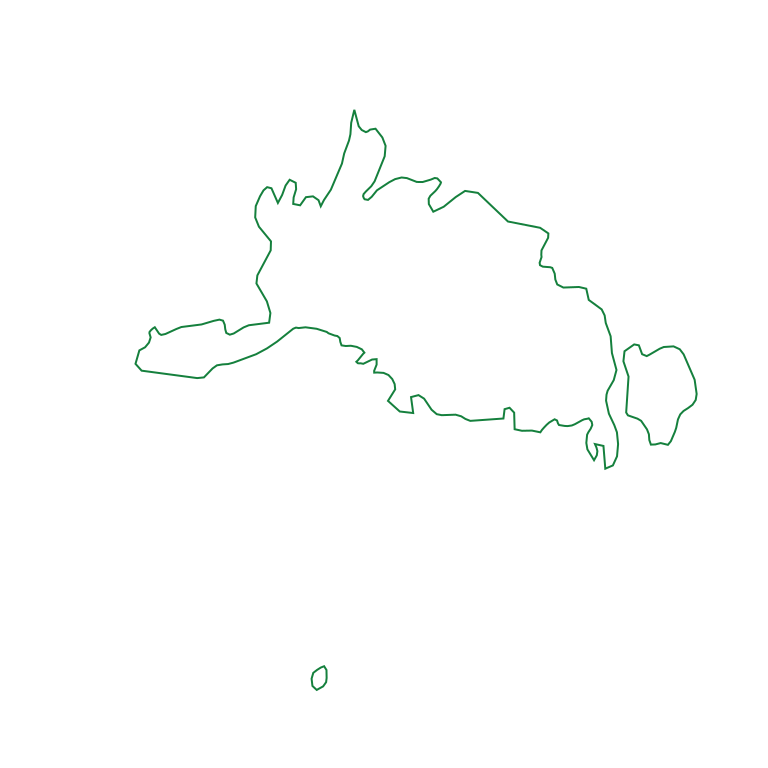 an SVG outline of Saare, rotated 50°
{"feature_id": "EST-2352", "entity_name": "Saare", "entity_type": "Municipality", "adm_level": 1, "iso_a3": "EST", "parent_name": "Estonia", "parent_adm1": "", "projection": "mercator", "projection_center": [22.596, 58.233], "detail": "fine", "context": "isolated", "style": "outline", "palette": "green", "viewbox_px": 768, "rotation_deg": 50, "n_neighbors": 0, "source": "natural_earth", "source_scale": "10m", "svg_char_len": 3563}
<svg xmlns="http://www.w3.org/2000/svg" viewBox="0 0 768 768"><g transform="rotate(50 384 384)"><path d="M563.5,234.0L570.7,236.6L580.5,243.3L589.2,252.0L593.5,261.0L591.1,268.9L572.5,255.7L565.6,261.0L569.3,262.1L572.6,263.7L575.4,266.8L577.4,272.1L564.8,270.2L559.2,266.9L553.4,261.0L552.3,258.4L551.1,254.4L549.3,250.8L546.4,249.2L541.9,249.2L541.4,250.4L539.7,253.4L539.1,255.5L537.5,263.6L536.5,266.8L534.2,270.5L532.2,272.6L527.9,276.3L525.9,276.0L523.2,274.9L520.7,276.0L519.7,282.2L519.8,285.6L520.2,289.2L520.7,292.5L521.5,295.3L514.8,300.6L508.5,308.4L502.6,313.0L489.6,302.7L482.9,303.1L480.8,307.8L487.2,314.7L467.7,341.6L463.1,344.1L458.4,345.6L453.5,348.9L445.0,359.8L441.0,363.0L434.3,364.1L421.0,362.7L414.7,364.7L411.4,371.7L425.0,380.3L415.2,389.6L399.5,391.8L395.3,378.9L390.9,375.9L385.5,374.5L380.0,374.8L375.2,377.2L370.8,381.8L369.0,384.2L367.6,383.1L364.4,377.2L360.2,373.7L357.6,377.4L355.2,386.9L353.1,388.6L352.1,389.9L351.2,390.7L349.2,390.9L349.1,389.0L347.5,380.7L347.4,378.9L343.2,378.7L338.1,381.0L333.4,384.8L330.3,388.9L327.1,391.7L323.7,390.4L320.3,388.4L317.3,388.9L315.1,390.7L309.5,393.9L307.3,394.4L298.4,400.1L290.1,407.7L286.3,413.4L284.2,415.2L283.3,418.0L282.8,438.6L281.5,450.8L279.0,462.8L270.9,485.5L268.5,490.6L265.2,495.1L262.3,500.0L261.9,505.3L263.2,517.7L259.4,523.3L218.0,561.1L208.8,561.4L201.0,549.8L202.3,543.4L201.2,537.4L198.3,532.8L194.2,531.0L193.4,530.1L193.0,528.0L192.9,525.4L193.2,523.1L200.9,523.9L203.2,523.1L205.2,519.3L208.4,507.7L210.1,502.6L221.1,485.5L226.2,473.8L228.9,468.7L232.0,466.6L236.2,467.9L240.0,470.4L243.5,472.0L247.1,470.4L248.7,466.7L250.4,455.2L252.1,449.8L263.2,432.6L256.6,425.4L245.4,420.6L225.0,417.1L219.4,411.2L208.8,384.9L202.1,378.9L183.1,378.7L173.6,375.6L165.3,367.9L160.5,358.3L158.2,351.8L158.1,347.0L161.7,344.4L177.1,348.9L173.7,340.5L168.7,331.8L166.9,325.0L173.1,322.3L178.3,326.1L183.0,333.3L187.7,337.8L193.2,333.4L190.7,323.7L194.6,317.8L201.1,316.0L207.2,318.2L204.5,311.8L201.0,299.8L188.1,274.5L181.8,266.3L175.0,254.3L171.1,249.2L162.8,241.2L154.9,230.5L170.3,237.7L175.1,237.8L179.4,236.0L180.1,234.0L180.2,231.1L183.0,226.4L194.1,226.8L202.6,229.7L210.0,237.1L222.7,260.9L224.3,266.6L224.9,274.2L225.4,277.5L226.6,279.2L228.3,279.9L230.0,280.1L232.7,277.9L232.7,273.1L231.1,264.9L232.8,250.2L234.2,243.8L237.1,237.8L241.0,234.1L250.3,229.0L254.1,224.6L257.5,216.8L258.8,212.7L260.8,211.0L266.1,210.7L266.9,211.9L267.9,214.8L268.8,218.2L269.2,220.8L269.6,227.5L270.8,230.7L275.0,234.0L283.7,235.5L286.6,224.3L286.9,208.9L288.2,197.8L298.0,189.2L339.2,184.6L364.7,164.0L374.3,161.3L377.5,164.3L382.9,177.5L386.2,180.5L388.0,181.7L391.2,186.9L393.3,188.1L396.2,186.9L401.4,181.6L403.2,180.5L409.2,182.3L414.1,185.6L419.1,187.3L425.4,184.6L435.0,172.3L441.0,167.8L451.2,173.1L466.8,169.3L473.3,170.9L479.8,174.9L493.1,179.7L506.8,189.5L522.7,196.9L528.7,205.5L532.9,217.0L535.2,220.4L539.5,224.6L551.3,230.8L563.5,234.0ZM607.6,191.9L612.2,201.0L613.1,205.6L607.1,210.0L604.7,215.0L602.0,218.5L597.5,216.8L592.8,213.4L587.8,211.7L577.5,210.7L573.5,212.1L564.8,217.3L561.5,216.8L535.5,191.9L520.5,186.0L513.5,178.7L514.5,166.9L518.2,163.9L527.1,167.1L531.5,164.8L532.2,161.7L534.2,150.1L535.5,145.9L541.3,138.0L547.5,135.1L553.9,135.4L580.4,143.3L592.6,150.9L596.6,155.5L598.2,161.0L597.9,166.5L597.2,171.9L597.7,176.6L600.1,181.6L605.4,188.3L607.6,191.9ZM572.3,616.9L575.2,620.0L576.5,625.0L575.1,632.2L569.3,632.9L563.2,628.9L559.8,623.8L560.0,619.1L560.6,614.6L561.7,611.3L566.1,611.9L572.3,616.9Z" fill="none" stroke="#15803d" stroke-width="2"/></g></svg>